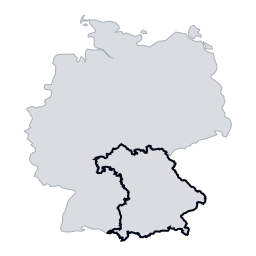 location of Bayern within Germany
{"feature_id": "DEU-1591", "entity_name": "Bayern", "entity_type": "State", "adm_level": 1, "iso_a3": "DEU", "parent_name": "Germany", "parent_adm1": "", "projection": "natural_earth1", "projection_center": [10.676, 48.917], "detail": "fine", "context": "in_parent", "style": "outline", "palette": "ink", "viewbox_px": 256, "rotation_deg": 0, "n_neighbors": 0, "source": "natural_earth", "source_scale": "10m", "svg_char_len": 9454}
<svg xmlns="http://www.w3.org/2000/svg" viewBox="0 0 256 256"><path d="M106.9,233.2L99.0,228.9L92.0,229.3L90.9,227.9L88.5,228.0L84.9,225.8L81.8,227.1L81.0,228.4L81.2,229.1L84.4,229.2L84.9,229.9L81.6,231.2L76.3,230.8L70.0,232.0L64.7,231.8L61.6,230.8L60.8,228.8L61.1,225.9L62.4,222.0L62.8,219.1L62.3,217.3L63.0,214.6L65.1,211.0L68.3,200.6L75.3,193.2L75.2,190.7L63.3,188.1L61.3,187.4L59.6,185.5L50.1,186.6L49.4,184.7L46.9,183.8L44.2,185.4L43.3,185.2L39.7,180.6L38.8,178.4L37.1,177.0L34.5,176.7L35.4,172.4L37.8,169.2L38.0,166.6L32.7,164.5L30.1,161.5L29.5,158.0L31.1,154.0L35.5,151.5L35.0,147.6L31.4,145.5L31.1,144.9L32.7,143.4L27.3,138.9L28.6,134.5L27.7,133.1L25.2,132.2L24.4,130.8L26.3,130.5L30.6,127.4L30.8,126.9L29.6,126.5L29.5,125.2L32.4,118.7L32.3,117.6L30.0,114.4L30.0,113.3L26.9,109.7L27.0,108.5L31.9,106.2L36.2,107.9L37.7,106.9L39.8,107.0L44.9,105.4L46.3,103.4L44.4,101.8L44.6,100.5L50.4,96.9L51.3,95.1L51.7,91.9L51.0,90.7L50.3,90.0L45.4,89.4L44.1,87.5L44.6,85.0L45.5,84.6L51.4,84.6L53.8,77.3L55.3,75.0L55.8,66.0L52.7,63.3L54.0,58.1L56.2,55.3L58.0,54.6L65.7,54.1L74.1,54.3L77.6,58.5L76.2,60.7L78.3,61.7L79.3,61.3L80.6,57.3L81.3,56.7L84.8,59.3L84.8,62.8L85.9,58.1L85.2,54.9L85.7,51.7L87.7,49.0L93.9,50.1L100.8,49.6L103.4,50.8L109.2,56.9L113.6,58.2L110.2,56.9L103.1,49.5L95.7,47.6L94.1,45.4L94.2,38.0L91.5,36.5L88.4,37.1L88.0,35.4L88.5,34.1L95.3,32.1L95.4,30.1L89.4,22.9L89.2,19.8L94.3,19.9L100.6,21.4L102.1,22.5L110.1,21.1L116.2,23.2L119.0,26.3L119.2,28.9L115.6,32.0L121.7,31.5L123.2,33.8L126.5,33.0L134.7,36.4L141.0,34.7L142.1,37.5L140.9,40.3L136.5,43.3L137.4,45.2L138.8,45.6L143.0,45.2L149.6,47.0L158.3,41.3L165.3,40.7L175.5,32.1L185.6,33.7L188.3,37.4L195.0,41.4L201.1,41.1L203.4,44.9L204.4,49.6L208.0,52.1L213.2,53.2L214.2,58.1L216.9,65.9L216.9,68.3L216.0,71.0L214.3,73.3L210.9,76.0L210.7,77.5L219.5,84.2L221.9,87.6L220.6,92.4L222.0,94.8L223.4,95.6L224.0,96.8L224.1,99.6L225.2,100.4L223.5,105.5L221.9,107.6L222.4,109.4L224.8,112.6L224.8,116.5L229.7,119.1L231.6,124.4L230.5,128.9L226.2,137.0L222.7,135.9L222.9,134.2L222.3,134.1L221.1,131.9L216.0,130.6L214.5,131.6L217.1,134.6L206.5,138.6L198.8,140.3L196.1,143.3L194.7,142.7L191.6,144.0L190.4,145.9L186.6,146.5L185.0,148.9L180.9,148.2L176.0,149.3L173.9,150.6L169.9,155.5L166.6,151.7L165.8,151.7L165.6,152.9L167.6,155.6L168.3,157.9L174.1,162.0L175.3,163.8L172.6,168.3L178.2,176.4L182.4,180.3L184.7,180.3L189.9,185.3L193.3,187.1L195.9,190.6L199.3,191.1L204.4,195.3L205.5,196.7L204.9,202.0L202.4,203.9L198.0,202.1L195.5,208.6L184.6,213.2L181.5,216.1L181.5,217.0L186.0,222.4L186.0,224.9L184.7,227.4L187.9,228.1L188.4,229.3L187.5,234.5L182.8,232.7L181.9,229.8L179.9,228.9L175.2,229.9L168.9,227.5L168.3,230.4L157.5,231.4L150.0,234.3L147.9,236.1L141.9,237.0L140.5,236.9L138.0,233.3L128.0,232.4L126.4,237.8L125.1,239.4L122.1,240.4L122.5,237.9L119.4,237.0L119.2,235.4L117.2,233.7L112.1,231.7L109.8,233.1L106.9,233.2ZM200.7,34.6L201.3,36.5L200.7,37.4L198.2,35.8L195.7,35.8L194.2,38.3L193.1,38.5L189.2,36.2L188.6,35.1L188.8,30.0L190.0,28.9L190.2,27.3L192.3,25.6L194.2,25.6L195.8,27.9L199.5,29.5L199.8,30.2L197.8,32.2L198.3,33.3L200.7,34.6ZM212.0,46.9L212.1,49.1L205.7,48.9L205.2,47.2L205.6,45.6L203.4,43.8L203.4,41.8L212.0,46.9ZM82.0,21.3L80.6,23.6L80.9,19.6L83.4,15.4L84.4,15.5L83.0,17.4L82.8,19.9L88.3,20.1L87.6,20.8L82.0,21.3ZM146.9,33.6L143.5,33.6L140.9,32.2L142.5,30.3L145.8,31.2L146.9,33.6ZM87.3,25.2L86.4,25.9L83.2,25.1L85.6,23.8L87.0,24.2L87.3,25.2Z" fill="#d9dde1" stroke="#a8b0b8" stroke-width="1"/><path d="M165.9,151.6L165.3,151.6L166.0,152.3L166.1,152.7L166.1,153.1L165.4,153.7L167.6,155.4L167.8,156.2L167.7,157.3L167.9,157.7L168.9,158.4L169.2,159.4L173.1,161.2L173.9,161.3L174.3,161.6L174.2,162.7L175.6,163.5L175.3,164.5L174.7,165.8L174.2,165.7L174.0,167.2L172.7,167.8L172.4,168.2L173.3,169.5L175.0,170.4L175.2,170.7L175.0,171.4L175.3,171.5L175.2,171.8L176.2,172.5L176.6,173.8L177.0,174.7L178.0,175.0L178.1,176.5L178.4,177.4L180.4,178.5L181.2,179.9L181.5,180.2L183.3,180.5L183.8,180.4L183.7,180.1L184.0,180.0L185.2,180.4L186.6,181.3L186.9,182.1L187.9,183.0L190.1,185.4L190.8,186.5L191.4,186.8L192.8,186.8L193.6,187.2L195.2,188.8L195.5,189.3L195.5,190.1L195.9,190.6L197.3,191.5L197.8,191.7L198.2,190.9L198.6,190.8L200.3,191.5L200.7,191.5L200.8,192.0L201.4,193.0L202.2,193.5L203.4,193.8L205.1,196.4L205.5,196.7L204.8,198.2L205.6,198.8L205.3,199.1L205.2,199.4L205.3,201.3L204.6,202.5L203.7,202.8L203.3,203.9L202.3,203.5L202.0,203.0L201.2,202.6L198.8,202.1L197.3,202.4L197.0,202.8L197.4,204.1L197.0,205.2L196.9,206.6L196.2,208.2L193.2,210.2L190.1,210.7L187.7,211.5L185.4,213.1L183.8,213.4L182.9,214.5L181.0,215.9L181.1,216.7L181.5,217.3L183.1,218.8L183.9,220.3L185.5,221.4L186.3,223.0L186.9,223.7L185.4,225.7L185.2,226.5L184.6,227.3L185.0,227.7L186.3,227.9L187.6,227.6L188.6,228.8L188.9,229.6L188.8,230.3L188.5,231.0L188.0,231.4L188.1,232.1L187.8,232.7L188.0,234.1L187.2,234.9L186.5,234.6L185.9,234.8L184.5,233.9L183.2,232.8L182.1,232.3L181.9,231.6L182.2,230.9L182.8,230.6L181.4,229.5L181.6,229.0L179.1,228.8L177.9,229.1L176.5,230.0L175.5,230.1L174.3,229.3L173.8,228.3L172.2,228.6L170.8,228.3L169.5,228.6L169.2,228.1L169.6,227.1L168.1,227.9L168.8,228.8L168.8,229.6L168.7,230.1L168.1,230.8L162.6,230.6L160.6,231.0L159.9,231.7L155.3,231.3L154.6,231.8L154.1,233.1L153.7,233.5L152.1,233.8L150.5,233.7L149.4,234.8L149.9,235.0L150.0,235.2L149.8,235.5L148.0,235.8L147.0,236.8L146.4,237.0L145.9,237.0L145.9,236.2L145.4,236.0L142.9,237.2L140.5,237.1L139.9,236.6L140.1,236.2L140.0,235.9L138.9,234.8L137.7,234.3L137.5,234.1L138.5,233.5L137.7,233.0L135.4,233.5L135.0,233.1L131.3,232.1L130.3,233.0L129.0,232.9L128.3,232.5L128.5,231.8L128.4,231.6L127.8,231.6L127.4,231.8L127.8,232.7L127.6,234.1L128.2,234.7L128.3,235.7L127.7,237.0L127.4,237.4L126.4,237.8L125.8,238.9L124.9,239.7L123.4,240.4L121.5,240.6L121.7,240.1L122.3,239.8L122.7,237.7L122.3,237.5L121.2,237.6L120.9,237.9L120.4,237.8L119.8,238.1L119.1,236.7L119.6,236.3L119.7,236.0L119.5,235.7L118.4,234.3L117.7,234.6L117.2,233.7L116.7,233.2L116.6,232.7L116.0,233.0L114.6,232.7L114.0,232.9L113.5,232.7L113.4,231.7L112.8,231.3L112.2,231.5L111.0,233.0L110.4,233.2L108.9,233.3L107.6,232.9L109.0,231.3L109.9,231.1L110.5,230.6L111.3,230.8L114.7,228.8L116.8,229.2L119.1,228.6L119.6,229.5L119.8,229.3L120.0,228.6L120.8,228.7L120.9,228.3L120.6,226.2L119.7,225.4L119.9,225.1L120.4,225.0L120.9,224.6L120.3,223.3L119.9,223.1L120.3,222.2L120.4,221.1L119.9,220.2L120.2,219.8L120.9,218.2L121.1,216.4L120.4,214.9L119.2,210.3L118.0,208.4L117.7,208.4L117.5,208.0L118.9,206.4L118.9,206.0L119.4,205.4L120.9,204.9L121.5,205.5L123.7,204.4L124.1,203.7L125.3,203.6L125.1,203.4L125.4,202.2L125.1,201.5L125.6,201.1L125.6,200.9L124.5,200.2L124.1,199.6L124.2,199.2L124.7,198.6L125.3,199.0L126.0,199.0L126.5,199.7L127.9,198.5L128.2,198.7L127.9,199.3L128.0,199.6L129.3,198.7L128.8,197.7L128.1,197.5L127.9,197.1L128.0,195.8L128.5,194.9L128.2,194.3L128.4,192.9L128.2,192.6L128.7,192.4L128.7,192.2L128.0,191.1L126.5,189.8L126.2,189.0L124.3,188.4L124.4,188.0L123.9,187.6L124.0,187.2L123.3,186.9L123.8,186.7L124.0,186.2L124.0,185.6L123.5,185.2L123.0,185.4L121.4,184.0L121.7,183.7L121.3,183.2L121.3,182.6L120.9,182.1L121.7,182.1L121.4,181.2L121.5,180.7L120.8,180.1L120.8,179.1L121.2,178.7L121.9,178.8L121.2,177.3L120.6,177.0L121.0,176.1L120.8,175.5L120.9,175.0L120.3,174.7L120.4,174.3L120.0,174.0L119.3,174.5L119.5,175.0L118.7,175.8L116.6,175.8L116.4,173.8L116.0,173.5L116.2,173.2L115.1,173.5L114.9,174.0L114.4,173.9L114.8,173.3L114.8,172.8L115.4,172.1L114.3,171.0L114.2,169.8L113.4,168.9L112.7,169.1L111.8,169.8L111.3,168.9L110.8,169.3L110.7,169.8L110.1,169.8L109.6,169.5L110.0,168.6L110.0,167.6L110.2,167.3L110.1,167.1L109.0,167.4L108.4,167.1L107.7,167.2L106.0,166.7L104.4,167.0L103.0,167.1L102.4,167.6L102.5,168.0L102.4,168.5L103.6,168.9L103.6,169.5L104.0,169.5L104.3,168.9L104.9,169.2L104.7,170.5L104.9,170.9L104.5,171.2L103.8,170.9L101.9,171.4L101.8,171.6L101.8,172.1L101.1,173.0L97.7,173.1L96.9,172.1L97.8,171.2L97.5,169.9L98.3,169.5L98.3,169.0L98.6,168.2L98.0,167.9L98.0,167.7L98.5,166.9L98.3,166.7L97.5,166.6L97.3,166.1L97.3,165.3L96.8,165.6L95.9,163.4L95.9,161.2L96.5,161.3L95.9,159.4L94.8,159.2L95.5,158.8L95.6,157.9L97.9,157.1L98.9,157.5L98.7,157.9L99.6,157.3L99.7,156.8L100.7,156.5L102.8,156.7L103.9,157.2L104.6,158.1L105.5,158.1L106.9,157.6L107.1,157.4L107.0,156.6L107.4,155.9L106.7,155.5L106.9,154.7L106.9,153.9L107.7,153.9L108.0,154.2L108.9,154.2L110.4,153.9L110.3,153.3L110.7,152.7L112.4,151.9L112.3,150.6L113.1,148.7L113.6,148.5L114.2,149.1L114.9,149.1L117.7,148.0L118.4,147.3L119.4,145.7L121.0,144.4L121.1,144.8L122.6,144.8L123.1,145.1L123.4,145.8L125.6,146.5L125.9,147.4L127.2,148.4L127.0,148.9L127.2,149.2L128.3,149.1L129.5,150.5L130.7,150.3L131.0,150.9L131.6,151.3L131.8,152.2L131.6,152.8L131.9,153.5L132.0,154.0L133.7,154.3L134.5,154.7L134.9,153.5L136.3,153.5L137.0,153.7L137.3,153.6L137.2,152.9L136.6,152.7L136.3,152.3L135.6,152.2L134.4,151.4L134.5,150.3L135.3,150.3L136.0,149.5L136.5,149.6L138.0,149.3L138.5,149.6L139.6,149.5L140.6,150.6L140.8,150.2L141.4,150.2L142.0,150.6L143.4,150.1L144.4,151.2L143.9,151.7L144.1,152.0L145.2,152.8L145.6,152.4L146.6,152.7L146.9,151.9L146.7,151.4L147.0,150.5L147.2,150.3L146.7,149.0L146.8,148.3L146.5,147.0L148.0,146.4L148.2,146.0L148.7,145.7L150.5,145.8L150.8,146.3L150.4,146.6L150.4,147.9L151.1,148.3L151.7,148.3L151.9,149.2L152.8,149.7L153.5,149.6L153.8,149.3L155.0,149.5L158.7,148.7L159.5,149.1L159.7,149.4L162.0,148.6L163.1,149.5L163.3,150.6L164.6,151.2L165.7,151.4L165.9,151.6Z" fill="none" stroke="#020617" stroke-width="2"/></svg>